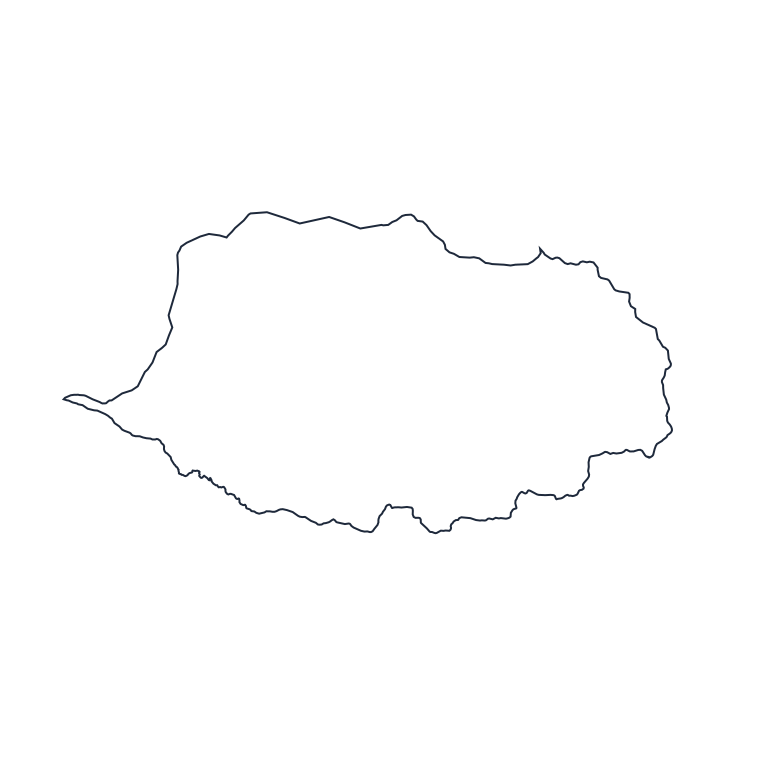 outline of Batrana, Hunedoara, Romania, rotated 45°
{"feature_id": "2599482B72212253659890", "entity_name": "Batrana", "entity_type": "district", "adm_level": 2, "iso_a3": "ROU", "parent_name": "Romania", "parent_adm1": "Hunedoara", "projection": "mercator", "projection_center": [22.608, 45.81], "detail": "fine", "context": "isolated", "style": "outline", "palette": "slate", "viewbox_px": 768, "rotation_deg": 45, "n_neighbors": 0, "source": "geoboundaries", "source_scale": "gbopen_adm2", "svg_char_len": 6165}
<svg xmlns="http://www.w3.org/2000/svg" viewBox="0 0 768 768"><g transform="rotate(45 384 384)"><path d="M572.4,166.7L567.6,164.9L561.1,159.6L557.3,159.5L554.9,160.4L547.9,158.6L545.8,158.6L537.4,152.8L535.7,152.8L523.6,157.4L514.8,158.4L510.7,155.5L508.6,153.3L503.6,154.4L499.0,152.4L496.8,149.4L494.1,146.8L492.3,146.7L484.9,152.2L481.6,154.0L479.8,154.2L470.1,151.7L468.1,152.0L462.5,155.5L459.8,155.8L454.3,152.2L452.8,150.7L446.2,149.9L443.0,152.0L441.4,154.5L437.9,156.7L436.7,159.0L436.9,161.8L435.4,163.9L430.6,166.7L429.1,169.3L426.4,170.6L419.1,171.0L417.2,172.0L416.1,173.3L414.9,176.5L413.0,177.5L406.1,178.8L404.2,178.3L398.7,178.0L402.3,180.7L403.2,185.4L402.9,187.3L402.5,192.1L400.9,197.6L392.5,206.8L389.7,210.7L384.6,214.7L375.7,222.7L372.8,224.5L370.2,226.6L362.5,227.8L357.9,230.8L355.3,234.0L347.5,240.9L341.4,242.5L337.2,244.6L332.0,245.0L328.6,242.5L325.0,241.4L314.7,243.1L308.9,242.9L301.7,241.6L296.5,241.8L292.4,244.9L290.4,244.9L286.7,244.3L283.4,245.1L279.7,249.3L278.0,252.3L277.1,259.4L275.3,263.6L274.5,268.5L271.3,272.3L269.7,273.3L257.3,290.8L241.7,297.6L227.1,304.7L210.9,330.1L196.3,336.9L179.8,345.3L169.0,357.8L168.5,360.0L169.2,367.5L168.4,379.0L168.8,383.8L168.8,389.4L169.1,391.7L162.7,395.2L154.1,401.7L149.8,409.6L144.6,423.7L143.4,430.3L145.0,434.3L145.4,436.7L146.7,439.0L157.7,448.8L165.3,457.3L167.4,459.3L170.1,463.7L183.1,487.7L186.3,489.7L194.3,493.7L197.6,501.7L201.7,510.4L201.5,515.3L200.6,522.2L205.1,532.5L206.6,540.8L206.4,544.6L211.5,559.7L210.1,566.9L205.5,575.8L203.0,588.2L201.5,589.8L201.2,591.5L201.1,594.0L200.5,594.9L198.7,596.8L197.6,597.3L195.7,597.8L188.9,600.8L181.4,603.3L179.8,604.2L176.4,607.2L175.4,607.8L172.4,610.9L170.5,613.4L168.2,619.3L168.3,621.3L171.2,619.8L172.7,618.7L176.9,617.2L180.6,614.9L182.1,614.6L185.8,612.1L192.0,611.0L197.6,607.6L200.1,605.5L208.2,602.4L211.4,601.6L214.1,601.4L216.1,600.9L221.1,602.2L227.0,601.1L231.1,601.4L233.6,600.6L238.6,598.3L239.9,598.1L241.7,598.3L242.9,598.0L245.2,596.6L248.2,593.7L251.4,592.2L254.4,590.3L257.5,587.7L259.4,587.0L261.4,585.1L262.2,583.5L263.4,582.8L265.9,582.4L268.7,583.2L271.0,582.9L272.6,583.6L274.4,585.6L276.2,586.6L278.1,586.9L279.9,586.4L284.8,586.5L287.3,588.0L292.5,589.2L293.8,589.1L295.2,589.5L296.1,589.2L297.8,589.4L298.5,589.8L299.4,589.9L299.9,590.6L301.8,591.7L302.2,592.2L302.8,592.2L304.2,591.3L305.0,591.4L306.1,590.5L308.0,590.0L308.9,589.4L309.5,587.6L309.3,585.5L309.6,584.3L310.7,582.5L310.7,581.9L310.0,581.0L309.9,580.5L312.2,578.8L313.2,577.3L314.9,576.5L315.8,576.6L316.0,577.5L316.4,577.9L317.6,578.2L318.1,579.4L318.5,579.7L320.7,579.8L321.5,579.3L321.7,578.5L321.6,576.5L321.7,576.1L325.5,575.5L328.0,575.8L328.5,575.6L328.7,575.4L327.6,573.8L327.6,573.4L327.9,573.3L330.1,574.0L331.1,574.8L333.9,575.1L336.7,574.5L337.7,573.5L339.0,573.9L340.2,573.9L341.0,572.7L342.1,572.2L343.0,570.4L343.9,570.0L346.4,570.6L347.6,571.8L348.7,572.4L350.9,572.6L352.0,572.2L352.8,570.5L353.5,569.9L356.5,568.5L360.1,569.5L360.9,569.4L361.6,569.0L362.2,567.7L362.7,567.6L364.1,568.5L365.4,569.8L367.4,570.2L369.8,569.3L370.5,568.8L370.9,567.9L371.3,567.6L372.6,567.9L374.2,569.0L374.9,569.0L377.6,567.6L378.7,567.4L380.1,567.6L382.5,565.8L384.8,565.4L387.4,564.0L390.3,559.3L390.8,557.2L393.4,554.7L395.4,553.3L397.0,551.7L397.9,549.9L398.7,547.3L399.4,545.9L400.9,544.1L404.5,541.8L410.0,539.1L416.4,538.0L418.2,537.4L420.3,535.9L422.0,534.0L422.6,533.7L429.2,532.4L434.0,530.3L436.6,530.1L437.9,529.1L439.3,527.4L439.8,525.3L441.2,523.5L442.7,520.8L443.1,519.4L443.4,517.2L443.9,515.5L445.4,515.1L448.0,515.3L448.8,514.9L455.4,510.7L457.7,507.6L458.5,507.1L459.2,507.0L461.3,507.4L464.0,507.0L471.5,504.1L474.5,502.2L476.6,499.9L478.6,498.8L479.5,497.9L480.1,496.2L479.6,493.3L479.1,488.3L477.8,485.6L476.9,484.9L475.6,483.3L474.3,480.5L474.3,477.0L473.6,475.1L473.2,471.8L472.1,469.4L472.0,468.5L472.0,467.5L472.9,465.6L474.0,465.1L477.3,466.0L477.5,465.9L478.5,464.0L481.5,460.8L483.7,459.0L487.2,454.7L491.0,451.9L492.6,452.1L494.0,453.2L496.5,455.9L499.0,457.0L500.9,456.4L503.1,454.1L504.1,453.5L505.7,453.8L508.0,455.9L508.5,456.1L516.4,455.8L520.7,456.1L521.6,455.7L522.6,454.7L524.9,453.7L526.0,453.0L526.6,452.0L527.9,447.5L529.9,445.8L531.2,444.0L534.0,441.6L534.1,440.2L533.6,438.9L533.0,438.2L531.7,437.4L530.8,435.7L530.9,433.9L530.5,432.0L531.0,429.5L532.5,427.8L532.5,427.1L532.1,426.2L532.2,425.3L533.0,423.5L539.9,417.8L545.3,415.1L548.4,412.7L549.6,411.2L551.9,409.2L552.5,408.2L552.8,405.7L553.5,404.7L556.6,402.8L557.6,399.6L560.3,397.8L561.4,396.2L565.5,393.0L566.5,391.4L567.2,389.8L567.3,388.3L564.8,385.4L564.1,382.4L564.1,381.1L564.6,380.0L565.4,378.6L565.4,378.2L565.1,377.8L561.2,375.5L559.5,373.5L559.0,371.3L558.3,370.0L557.4,366.5L557.3,364.5L557.5,363.1L558.0,362.6L560.6,361.9L561.5,361.3L561.9,360.2L561.3,357.6L561.6,356.8L563.0,356.1L570.2,353.9L571.8,353.0L576.7,348.5L580.1,344.7L582.2,342.9L583.3,342.4L584.0,342.4L586.8,343.6L587.6,343.4L587.9,342.6L590.0,339.8L590.6,338.5L591.0,336.9L591.2,334.7L591.9,333.0L592.3,332.5L593.9,332.1L594.9,331.0L596.6,329.9L597.6,328.4L598.6,326.0L598.5,324.7L597.4,321.6L597.6,320.6L598.8,318.8L599.1,316.9L598.4,315.9L596.8,315.3L595.7,314.3L595.3,312.6L594.9,307.0L594.3,304.6L593.1,303.0L589.9,301.2L587.4,297.8L584.0,294.7L581.6,290.9L581.4,289.8L581.6,288.7L586.3,282.1L587.6,278.5L588.2,275.9L588.5,275.5L590.0,274.4L593.5,273.4L594.8,270.7L597.5,268.8L600.7,264.6L601.5,262.1L601.5,260.1L601.7,259.4L602.5,258.8L605.4,257.9L606.1,257.3L608.2,255.1L610.4,250.9L611.8,249.3L613.8,248.7L618.9,249.8L620.5,249.8L623.6,248.6L623.7,248.2L623.3,248.1L624.1,247.6L624.6,245.2L624.4,243.7L621.4,238.7L619.9,235.5L619.4,233.4L620.8,227.8L620.8,226.0L621.3,222.5L621.3,221.5L620.6,219.6L621.1,217.2L621.2,215.6L621.0,214.4L620.3,213.0L619.0,212.0L617.1,211.1L614.7,210.6L612.0,210.5L610.3,209.8L607.2,207.0L606.2,206.9L604.6,203.8L603.3,200.2L602.3,199.3L599.8,197.9L597.1,197.1L594.6,195.5L589.4,193.6L584.3,189.5L582.1,187.4L579.1,186.1L578.1,185.0L577.8,184.2L577.3,181.7L576.5,179.5L574.5,176.9L572.9,174.4L573.8,172.7L574.0,171.3L574.0,169.1L573.7,168.4L573.4,167.7L572.4,166.7Z" fill="none" stroke="#1e293b" stroke-width="2"/></g></svg>